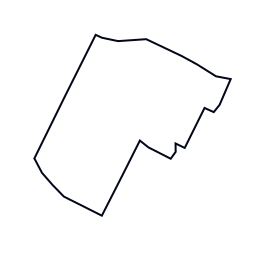 the district of Yates, New York, United States of America, rotated 297°
{"feature_id": "52423323B19157599393340", "entity_name": "Yates", "entity_type": "district", "adm_level": 2, "iso_a3": "USA", "parent_name": "United States of America", "parent_adm1": "New York", "projection": "robinson", "projection_center": [-77.099, 42.612], "detail": "fine", "context": "isolated", "style": "outline", "palette": "ink", "viewbox_px": 256, "rotation_deg": 297, "n_neighbors": 0, "source": "geoboundaries", "source_scale": "gbopen_adm2", "svg_char_len": 484}
<svg xmlns="http://www.w3.org/2000/svg" viewBox="0 0 256 256"><g transform="rotate(297 128 128)"><path d="M187.3,57.0L130.0,57.4L58.3,58.4L57.7,59.4L49.0,71.7L42.9,86.9L37.8,101.9L37.8,107.9L38.0,144.5L84.7,144.5L122.2,144.3L120.0,155.0L120.0,180.0L128.4,181.3L135.8,177.4L136.0,187.6L180.6,187.1L181.1,197.2L190.2,199.1L218.2,197.3L214.0,182.9L216.0,160.7L216.5,143.4L215.4,103.9L200.9,79.7L196.6,63.8L196.3,56.9L187.3,57.0Z" fill="none" stroke="#020617" stroke-width="2"/></g></svg>